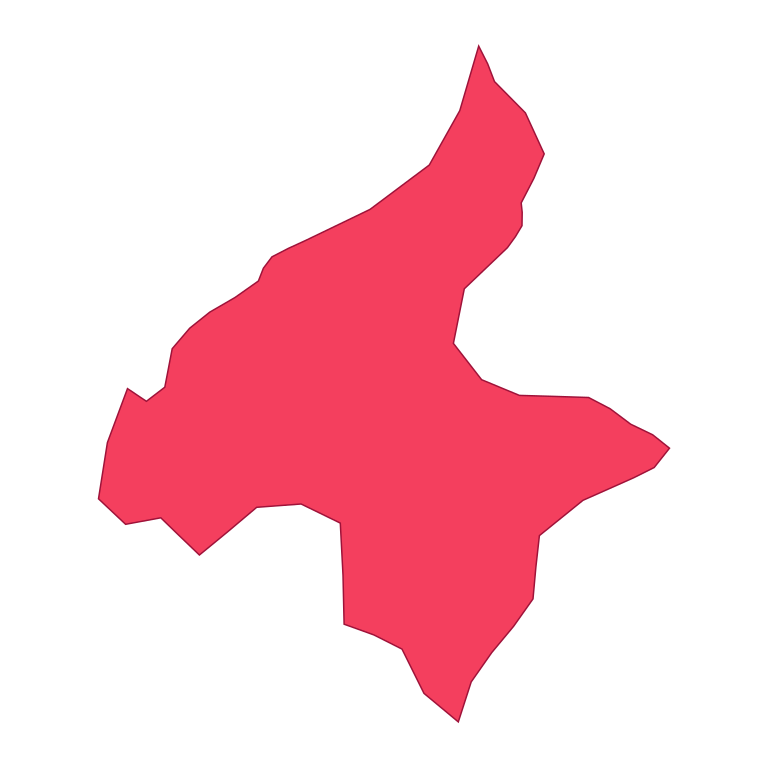 SVG path tracing the border of Ağsu
{"feature_id": "AZE-1693", "entity_name": "Ağsu", "entity_type": "District", "adm_level": 1, "iso_a3": "AZE", "parent_name": "Azerbaijan", "parent_adm1": "", "projection": "albers", "projection_center": [48.381, 40.536], "detail": "fine", "context": "isolated", "style": "filled", "palette": "rose", "viewbox_px": 768, "rotation_deg": 0, "n_neighbors": 0, "source": "natural_earth", "source_scale": "10m", "svg_char_len": 884}
<svg xmlns="http://www.w3.org/2000/svg" viewBox="0 0 768 768"><path d="M491.8,652.5L471.2,681.9L458.3,721.9L424.0,693.4L402.0,649.1L373.8,634.9L344.1,624.2L343.0,575.2L340.3,523.1L301.1,504.0L256.7,507.3L227.3,532.1L199.4,555.0L177.7,534.2L160.8,517.8L125.6,524.3L98.5,498.8L107.4,442.6L127.5,388.6L146.4,401.3L164.8,387.2L168.4,368.6L172.2,348.7L189.7,328.2L209.8,312.1L235.0,297.5L258.4,281.0L263.4,268.2L272.0,256.8L288.5,248.3L305.3,240.6L370.0,209.4L429.3,165.0L459.8,110.6L478.7,46.1L487.7,63.9L494.5,81.6L525.4,112.9L544.2,153.9L533.9,178.3L521.2,202.9L522.2,212.4L522.0,225.7L515.4,236.7L507.4,247.7L464.3,288.8L453.4,343.4L481.6,379.7L519.4,395.4L554.0,396.4L588.6,397.5L610.2,408.8L630.7,424.2L652.7,434.8L669.5,448.2L654.2,467.5L633.6,477.8L583.0,500.3L539.4,535.6L535.9,567.0L533.0,598.9L513.6,626.3L491.8,652.5Z" fill="#f43f5e" stroke="#9f1239" stroke-width="1.5"/></svg>